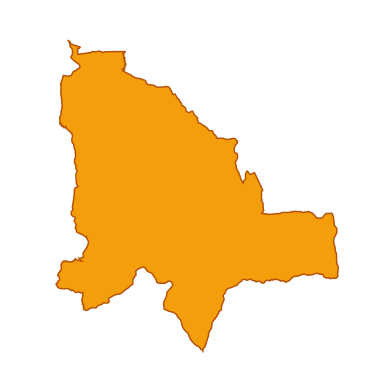 outline of La Calera, Cundinamarca, Colombia, rotated 356°
{"feature_id": "7082276B16624881870265", "entity_name": "La Calera", "entity_type": "district", "adm_level": 2, "iso_a3": "COL", "parent_name": "Colombia", "parent_adm1": "Cundinamarca", "projection": "natural_earth1", "projection_center": [-73.929, 4.707], "detail": "fine", "context": "isolated", "style": "filled", "palette": "amber", "viewbox_px": 384, "rotation_deg": 356, "n_neighbors": 0, "source": "geoboundaries", "source_scale": "gbopen_adm2", "svg_char_len": 5884}
<svg xmlns="http://www.w3.org/2000/svg" viewBox="0 0 384 384"><g transform="rotate(356 192 192)"><path d="M324.3,222.8L323.1,223.6L320.1,226.9L317.1,227.1L314.2,226.3L313.4,224.8L310.4,221.3L308.5,220.6L307.3,219.6L306.4,219.6L305.1,220.1L303.6,219.7L302.9,220.1L300.7,220.1L298.9,219.0L297.2,219.2L293.4,218.4L292.1,218.8L290.7,218.4L289.6,218.9L286.2,219.1L280.4,218.7L278.2,219.6L272.8,219.5L271.0,219.8L266.0,219.6L264.9,219.0L262.9,219.0L261.1,217.9L260.4,218.1L260.8,217.0L262.3,215.2L261.9,214.5L262.0,208.2L261.5,206.8L260.5,205.7L261.3,204.3L260.8,203.0L260.9,201.0L261.3,199.6L261.2,197.1L262.7,195.1L255.8,177.3L255.3,177.1L252.6,178.3L251.1,178.5L249.5,176.0L248.5,175.0L247.2,176.6L246.7,177.8L246.3,180.1L246.5,181.9L246.1,182.9L244.5,184.5L243.6,186.8L241.9,183.3L240.1,176.3L238.0,171.8L237.8,168.2L237.2,165.8L239.9,160.8L239.8,157.2L239.2,156.5L238.3,156.3L237.3,155.3L236.9,152.5L237.2,151.2L238.6,148.2L240.3,146.7L240.9,145.5L240.6,143.9L239.7,143.3L239.1,142.2L238.4,141.6L237.1,141.4L231.1,142.1L228.8,141.6L227.0,140.6L220.7,140.2L219.7,137.6L217.6,135.3L216.6,132.4L213.3,132.0L211.5,129.2L209.8,127.6L204.7,123.9L203.0,123.2L202.6,120.2L202.7,118.4L199.8,115.3L198.5,111.8L197.7,111.2L194.6,112.7L192.1,111.4L191.2,107.3L187.9,104.7L187.4,102.5L185.8,100.1L185.8,99.0L184.3,97.9L181.8,93.0L180.2,93.5L179.4,93.2L179.3,92.1L177.5,87.7L176.2,85.7L173.6,84.9L169.9,85.4L164.1,84.9L161.1,82.7L159.2,82.6L157.2,81.9L156.0,82.0L154.1,80.5L153.7,78.4L152.6,77.1L150.5,76.6L150.0,75.9L149.3,75.9L147.5,74.9L146.0,75.1L144.5,74.3L143.4,74.2L142.5,73.3L140.2,72.3L139.2,70.7L137.1,69.9L131.2,66.1L131.3,65.8L132.2,65.7L131.5,64.2L132.7,64.5L133.1,65.0L133.4,64.8L133.5,63.6L133.0,62.9L133.4,62.2L133.0,61.8L133.9,62.1L133.8,60.8L134.3,61.1L134.9,60.4L134.8,59.0L133.8,58.2L134.4,56.8L133.9,56.4L133.4,56.9L134.1,55.7L133.7,54.8L134.5,53.8L133.2,53.4L133.9,52.8L133.2,51.8L133.7,50.5L132.9,50.3L132.8,49.5L133.7,48.7L132.8,47.8L134.7,48.2L135.0,47.2L114.6,46.0L113.2,46.7L111.1,45.6L108.7,44.9L105.7,45.5L102.7,44.9L100.9,45.8L87.9,46.7L87.5,44.5L88.1,42.6L87.7,41.4L88.5,40.8L89.7,40.6L90.5,39.7L88.6,39.1L87.3,38.0L84.7,37.4L81.8,35.9L81.1,35.0L80.7,33.2L79.2,32.6L80.5,35.0L80.6,38.6L82.4,40.7L82.6,41.9L82.5,45.3L81.7,47.5L80.7,48.6L80.6,49.6L84.3,53.7L85.7,54.6L86.7,55.8L88.1,56.5L89.1,59.1L88.0,60.9L86.2,61.2L85.0,62.8L83.1,63.0L81.7,64.0L79.7,67.4L75.7,67.9L72.1,66.7L71.4,67.3L71.2,68.7L68.5,75.2L68.7,77.6L68.0,84.7L68.4,89.8L68.5,98.1L67.3,101.5L66.6,106.0L65.4,107.9L65.0,114.9L66.0,116.1L65.7,114.2L66.3,114.4L66.7,116.9L67.7,117.8L68.1,117.3L68.9,119.0L70.7,118.0L70.9,119.7L71.2,119.6L71.5,120.3L74.7,123.5L75.3,124.6L76.2,125.1L76.7,128.2L76.0,130.1L75.7,133.2L76.2,134.7L77.3,136.0L77.6,140.2L78.7,143.1L78.1,145.4L78.6,146.2L78.7,147.3L77.1,151.9L76.9,154.7L77.9,157.6L77.8,160.1L78.9,163.4L77.5,165.7L77.4,166.6L77.3,174.4L77.5,176.1L78.6,178.0L78.6,178.8L76.1,179.5L75.1,180.3L73.9,189.0L71.6,198.8L72.0,200.7L71.5,201.9L70.1,203.5L70.1,206.2L71.0,207.6L73.8,209.3L73.8,210.4L72.6,212.0L72.5,212.9L73.6,215.0L74.1,217.1L73.0,219.9L74.0,221.8L74.1,223.6L74.6,224.2L80.7,227.6L82.5,229.3L83.6,228.9L83.7,230.9L85.3,234.1L85.2,234.8L84.7,236.8L83.1,240.2L79.2,245.1L78.8,249.6L75.1,250.6L74.8,250.4L75.7,252.4L77.2,253.2L76.3,253.3L75.1,251.9L73.1,252.4L70.9,250.4L69.8,252.1L68.8,252.1L67.8,253.4L65.0,253.2L61.1,251.9L60.8,252.7L59.6,252.0L58.7,252.1L57.5,253.2L56.3,255.5L56.3,260.4L54.7,261.5L54.4,262.4L53.1,263.7L52.3,265.6L52.3,266.4L53.7,266.9L53.8,270.4L52.3,271.4L51.8,272.4L51.7,273.2L50.6,273.4L50.1,274.5L50.3,275.7L51.0,276.4L51.4,277.7L53.4,279.0L58.2,279.7L60.7,279.5L61.9,279.9L64.4,281.8L66.2,281.6L67.8,283.2L69.4,284.2L72.3,283.7L73.7,284.9L76.1,284.6L75.5,289.7L74.8,291.0L74.6,293.5L75.2,294.7L74.7,296.1L76.0,296.7L76.0,297.4L75.4,298.2L76.3,299.4L75.6,300.2L75.6,301.2L76.0,301.8L77.7,302.2L78.2,302.7L79.3,302.7L83.1,300.5L88.3,300.8L89.7,299.2L91.6,298.3L94.2,297.9L95.4,296.6L100.7,296.8L101.9,295.1L101.2,293.4L101.5,292.5L102.1,292.0L107.7,289.3L113.0,288.6L114.8,287.8L119.2,284.5L121.6,283.3L124.3,281.0L126.5,280.0L126.9,275.3L129.1,272.2L130.3,271.2L130.3,267.2L132.5,265.2L136.2,263.9L138.9,263.5L141.0,266.1L141.6,267.7L146.2,270.2L149.7,276.0L150.6,279.5L151.8,280.5L158.7,281.3L162.5,279.1L164.1,279.6L165.8,281.2L166.1,283.0L165.8,284.7L160.3,289.8L159.0,295.0L156.2,299.9L155.9,301.0L156.1,305.8L155.9,306.8L160.5,309.3L165.2,310.8L168.0,313.1L169.1,315.9L171.8,318.9L173.1,325.7L174.9,329.3L177.9,332.2L180.1,338.7L183.5,343.5L186.7,346.2L188.4,346.9L189.8,349.5L191.2,350.3L191.7,351.4L192.3,348.8L194.3,347.3L194.4,346.1L195.4,344.5L195.7,342.7L196.5,341.6L197.8,337.8L198.5,336.8L198.6,333.9L199.5,332.9L199.7,331.7L201.2,330.5L202.0,328.9L203.0,323.2L204.2,322.3L205.0,321.0L206.1,320.3L206.3,319.1L207.8,318.4L208.6,316.6L210.0,315.3L210.3,313.3L213.1,311.6L213.5,307.8L216.4,301.7L216.5,300.3L215.8,298.3L216.1,296.9L217.8,295.4L219.0,292.7L220.3,291.3L222.4,290.3L224.7,290.1L228.4,288.4L230.2,288.5L232.4,285.9L235.0,284.5L235.8,283.2L237.7,282.7L241.2,283.9L243.8,282.8L246.9,284.7L248.9,285.1L249.7,286.1L251.8,285.5L253.2,285.8L255.6,287.8L257.5,287.7L259.1,285.9L260.1,285.3L261.8,285.4L263.4,286.1L265.2,284.8L266.0,285.6L267.7,284.7L268.4,285.1L270.2,285.0L271.9,285.5L274.1,287.0L277.3,286.9L278.6,288.2L279.4,288.5L282.9,287.1L284.4,286.0L285.3,284.7L287.9,283.4L291.8,283.3L297.0,281.7L298.5,281.9L302.1,283.2L303.1,282.8L305.0,283.1L310.7,281.7L314.7,283.2L316.2,283.0L317.0,283.8L317.6,285.9L320.4,287.3L322.1,287.0L323.6,288.0L324.6,288.1L325.9,287.6L328.0,288.1L329.4,288.1L330.7,287.3L331.7,286.1L331.4,283.9L332.2,280.4L332.6,276.5L331.7,274.3L331.4,271.0L331.8,264.0L330.8,260.2L330.9,257.7L329.6,251.4L330.1,250.3L330.3,248.2L333.3,243.4L333.9,240.3L333.7,238.0L331.7,235.3L331.4,226.8L330.3,223.3L329.5,223.0L324.3,222.8Z" fill="#f59e0b" stroke="#b45309" stroke-width="1.5"/></g></svg>